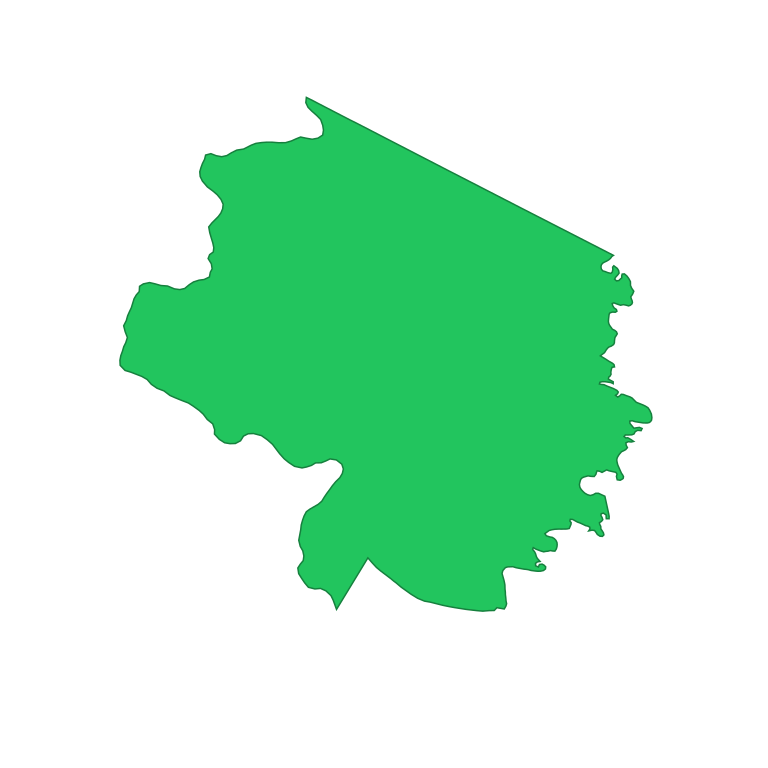 the district of Amaturá, Amazonas, Brazil, rotated 118°
{"feature_id": "56859067B85663685806708", "entity_name": "Amaturá", "entity_type": "district", "adm_level": 2, "iso_a3": "BRA", "parent_name": "Brazil", "parent_adm1": "Amazonas", "projection": "equal_earth", "projection_center": [-68.265, -3.42], "detail": "fine", "context": "isolated", "style": "filled", "palette": "green", "viewbox_px": 768, "rotation_deg": 118, "n_neighbors": 0, "source": "geoboundaries", "source_scale": "gbopen_adm2", "svg_char_len": 6171}
<svg xmlns="http://www.w3.org/2000/svg" viewBox="0 0 768 768"><g transform="rotate(118 384 384)"><path d="M605.3,320.1L545.1,316.6L547.6,310.0L549.5,304.6L550.7,298.8L552.6,287.0L553.5,282.6L553.9,279.9L555.3,273.6L556.9,261.5L557.4,253.7L556.7,246.3L554.9,240.8L551.8,228.2L550.0,222.1L548.3,216.8L544.5,205.8L540.5,195.6L538.2,190.2L534.8,184.9L532.2,180.3L528.5,179.3L526.2,172.2L522.9,172.1L520.4,172.6L518.4,174.3L515.3,176.3L513.0,177.9L510.7,179.2L508.4,180.8L504.7,182.9L502.9,184.3L500.9,186.0L495.9,190.8L492.9,191.5L489.1,190.6L487.3,188.8L486.3,187.0L484.8,184.4L484.2,181.2L482.7,176.4L481.8,173.6L480.9,171.4L480.2,169.4L479.6,166.6L478.8,164.5L478.1,162.6L477.0,160.0L475.7,157.8L473.8,155.6L471.5,154.6L469.5,155.4L468.8,157.6L468.8,159.9L470.4,162.0L473.1,161.8L473.3,164.8L471.2,166.0L469.0,165.0L467.4,162.9L466.0,166.7L464.8,168.5L462.8,170.4L461.5,172.2L460.2,175.2L458.4,175.4L458.5,172.4L457.8,167.0L457.2,164.2L455.8,162.5L454.7,160.8L453.0,159.0L452.2,156.5L451.3,154.6L448.7,154.4L446.4,154.9L444.5,155.7L442.7,156.9L441.3,158.9L440.6,161.0L440.4,163.4L441.2,165.8L441.8,169.4L440.6,171.7L435.8,169.4L434.0,167.5L432.0,164.9L430.1,161.7L428.7,159.0L426.2,154.5L424.6,152.6L420.2,153.0L418.5,153.7L417.7,155.6L416.0,156.0L415.0,153.8L415.1,148.5L414.7,145.7L414.5,142.5L414.4,139.5L413.8,137.3L413.8,135.1L415.3,134.1L417.6,134.3L415.4,131.7L414.5,129.3L415.5,127.1L416.7,125.0L417.0,121.8L416.0,119.6L414.0,119.0L412.4,120.4L411.2,122.4L410.1,124.5L407.9,125.8L406.6,127.7L405.3,128.7L403.3,127.5L401.1,127.1L399.4,128.9L398.2,130.8L396.5,131.3L395.0,129.6L395.4,126.3L397.0,125.5L398.6,124.5L397.3,122.0L395.1,123.1L393.2,124.6L379.4,136.3L379.6,139.5L379.8,143.3L381.1,145.8L383.5,147.3L385.6,149.5L386.2,152.4L386.1,155.5L385.5,157.8L384.6,160.3L383.3,162.5L381.0,164.3L378.1,165.1L375.9,165.5L374.3,165.2L372.6,164.1L369.3,160.7L368.4,157.9L367.0,155.0L364.3,154.5L362.6,154.9L360.6,155.1L359.8,152.5L359.7,150.0L355.3,147.1L355.0,144.6L353.9,140.5L353.1,137.8L354.2,135.9L356.5,135.4L359.1,133.1L358.1,130.3L356.7,129.3L355.2,128.5L353.4,129.0L352.3,130.5L351.2,132.6L345.8,139.5L344.4,140.8L342.6,142.3L340.9,143.2L338.8,143.5L335.9,143.3L332.3,142.5L330.6,141.2L328.5,139.8L325.9,139.2L324.4,141.4L322.4,142.8L320.3,141.3L319.1,138.4L317.5,136.6L317.1,139.9L317.0,143.5L318.1,145.1L317.7,147.4L315.7,147.0L314.1,144.0L312.5,141.3L310.7,139.8L308.1,139.8L305.8,138.3L304.5,135.1L302.1,135.2L302.4,138.1L303.9,140.2L305.7,142.6L303.3,148.4L301.4,149.6L299.9,147.6L299.4,144.7L296.7,136.9L294.8,133.2L293.5,131.7L292.0,131.0L290.3,130.8L287.9,131.7L285.0,133.8L282.5,137.0L281.0,139.8L280.8,142.8L280.9,145.5L281.7,152.6L280.9,155.2L279.9,158.4L279.9,160.8L280.5,164.5L280.9,167.9L281.7,169.7L283.6,170.2L285.8,171.5L285.3,174.3L283.0,173.2L281.1,173.4L280.3,175.4L280.3,179.3L281.1,186.0L281.3,189.4L282.3,191.8L282.9,193.8L281.1,194.2L279.5,192.4L278.0,189.4L276.9,186.3L276.2,184.2L276.1,181.8L274.4,182.7L274.4,185.4L274.3,188.2L272.4,188.8L270.9,188.1L268.8,188.1L267.4,189.1L265.8,189.7L264.1,190.2L262.2,190.5L260.7,188.5L258.9,190.0L258.4,192.0L258.3,196.4L258.0,199.3L257.6,206.2L255.5,205.3L252.8,204.0L249.6,203.8L247.0,203.3L245.5,202.6L244.0,201.2L241.4,199.8L239.5,199.9L237.6,200.8L234.6,201.9L232.3,201.7L230.2,201.6L228.8,203.2L228.3,205.5L228.4,208.1L226.2,212.5L225.0,214.0L223.5,215.2L221.3,216.2L219.0,217.1L216.7,218.0L215.1,217.9L213.2,216.0L212.0,213.4L210.4,212.5L209.1,213.8L208.8,216.5L207.5,218.8L205.8,220.3L204.4,219.1L204.1,216.4L203.4,212.1L201.6,210.0L200.8,207.5L200.2,204.7L198.9,203.5L197.0,202.7L195.4,202.9L194.0,204.0L192.8,205.5L191.1,207.1L189.4,206.8L187.6,206.7L184.8,207.0L183.2,210.2L181.2,212.7L179.8,213.4L177.9,214.5L176.0,217.3L174.6,220.2L173.9,223.4L175.1,225.3L176.9,224.9L178.6,223.9L180.7,224.7L182.4,225.2L183.8,227.1L183.2,229.6L180.9,229.6L177.8,228.8L175.7,228.5L173.7,230.1L172.4,232.3L171.7,236.6L173.5,237.0L175.7,235.6L178.2,235.0L179.8,235.6L180.6,238.8L180.9,241.7L181.4,243.8L180.6,245.9L178.8,247.4L176.8,248.0L174.8,247.7L173.2,246.8L171.1,245.2L168.8,243.8L166.7,243.0L164.4,242.7L162.7,241.8L164.3,348.6L164.8,386.4L165.4,429.0L166.6,531.0L166.8,537.8L167.2,574.9L167.2,578.6L167.4,587.1L172.3,585.1L175.4,580.9L177.0,575.7L178.4,569.8L180.2,564.1L184.4,559.5L188.3,556.6L193.0,555.0L197.9,557.7L201.6,562.3L203.6,568.4L205.1,573.6L208.9,576.8L212.8,579.8L217.1,584.2L220.4,590.2L223.0,596.2L225.4,600.8L228.2,605.3L231.7,610.1L235.4,613.3L242.5,618.3L246.6,623.8L251.5,627.3L256.1,630.0L259.5,634.0L261.2,639.3L261.9,645.0L265.6,649.0L269.8,647.9L274.5,647.8L278.9,647.2L283.1,646.3L287.1,643.7L290.1,639.6L292.9,632.5L293.9,625.9L295.2,620.1L297.5,614.6L300.8,610.4L305.1,608.7L309.6,608.3L313.8,608.9L322.7,611.6L327.6,612.5L332.2,608.9L336.0,605.2L339.8,601.4L343.5,598.3L347.6,596.7L351.6,598.7L355.8,598.2L358.9,592.9L363.0,589.8L366.9,589.8L371.5,588.4L376.2,591.9L379.1,596.0L383.3,600.1L387.6,602.5L393.2,604.8L396.5,608.6L398.4,613.7L399.1,621.1L401.8,627.3L403.1,633.4L404.5,638.6L408.6,643.5L412.5,645.7L417.3,643.5L421.6,644.5L426.0,644.7L435.3,642.9L439.8,642.7L444.1,642.4L449.0,641.3L454.8,641.2L459.3,637.1L463.4,632.4L468.8,631.4L473.2,631.3L478.0,630.3L482.5,629.7L487.0,628.3L491.4,625.7L493.6,619.0L492.4,613.0L491.0,601.4L491.2,595.2L493.5,589.3L494.3,582.4L493.4,575.0L494.6,567.6L494.2,562.0L493.5,555.1L492.6,547.8L493.1,542.1L494.1,534.8L495.5,529.4L498.3,523.4L499.6,516.5L503.8,512.1L507.8,510.2L510.2,503.4L510.7,497.1L509.0,492.0L506.3,487.3L501.5,484.0L496.0,483.6L491.8,480.7L489.0,476.0L487.1,468.0L488.0,460.9L489.6,454.1L494.6,443.3L496.9,437.0L498.0,431.5L498.7,424.4L496.6,417.0L493.7,413.5L489.9,409.8L485.8,407.4L483.0,402.4L479.2,399.2L475.5,396.5L473.4,390.4L474.6,383.6L478.1,380.0L482.5,378.8L487.4,379.0L493.1,380.8L498.0,381.8L502.7,382.4L507.2,383.1L511.8,383.6L516.7,383.9L521.1,385.6L529.1,390.6L533.2,392.6L538.0,392.6L542.2,392.0L547.3,390.9L551.8,389.1L562.0,385.9L566.7,381.7L569.4,377.4L573.5,374.0L577.9,372.4L582.2,373.3L586.9,373.7L591.5,370.3L594.2,365.6L596.8,360.7L599.0,355.3L597.4,348.8L594.3,344.1L593.9,338.2L595.7,331.5L598.7,327.4L605.3,320.1Z" fill="#22c55e" stroke="#15803d" stroke-width="1.5"/></g></svg>